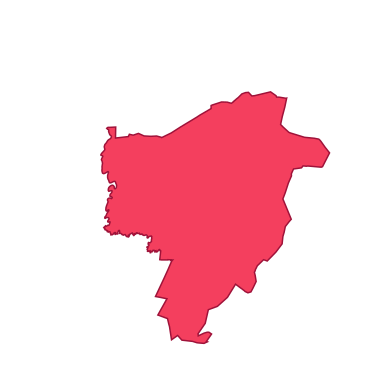 Vilpulkas pag., Rujienas, Latvia (Equal Earth projection), rotated 126°
{"feature_id": "27541924B31560097846351", "entity_name": "Vilpulkas pag.", "entity_type": "district", "adm_level": 2, "iso_a3": "LVA", "parent_name": "Latvia", "parent_adm1": "Rujienas", "projection": "equal_earth", "projection_center": [25.244, 57.94], "detail": "fine", "context": "isolated", "style": "filled", "palette": "rose", "viewbox_px": 384, "rotation_deg": 126, "n_neighbors": 0, "source": "geoboundaries", "source_scale": "gbopen_adm2", "svg_char_len": 5933}
<svg xmlns="http://www.w3.org/2000/svg" viewBox="0 0 384 384"><g transform="rotate(126 192 192)"><path d="M190.6,298.4L190.6,298.2L190.9,297.3L190.6,296.2L191.0,295.7L192.2,294.9L192.4,294.6L193.8,292.5L194.0,292.2L194.2,290.2L194.4,289.9L195.0,289.5L196.5,289.3L197.1,289.5L198.5,290.1L199.1,290.3L200.4,290.4L202.7,290.2L204.7,290.4L206.0,290.0L206.8,289.7L207.5,289.1L208.6,287.7L209.3,287.4L210.3,287.4L213.8,287.8L215.2,287.7L215.7,287.4L215.8,287.0L215.3,285.8L215.4,285.3L215.9,285.0L217.8,284.7L218.9,284.4L219.2,284.2L219.8,283.0L220.6,282.1L221.3,281.3L224.4,279.7L225.6,278.7L227.3,277.7L228.2,276.9L229.3,275.5L229.3,275.0L229.1,274.3L228.2,273.5L225.2,272.2L224.9,272.0L224.8,271.6L225.2,271.1L228.2,270.0L229.9,268.8L230.9,267.6L231.3,266.7L232.8,264.5L232.9,263.9L232.5,263.3L231.7,262.7L229.9,261.8L229.0,261.0L228.7,260.6L228.7,260.3L228.8,260.0L229.8,258.6L230.4,257.5L231.1,256.8L232.7,255.9L233.5,255.8L234.5,256.0L234.8,256.6L234.6,257.1L233.4,258.1L233.2,258.5L233.0,259.7L233.3,260.5L234.4,261.3L236.0,261.8L237.3,261.9L238.4,261.6L239.2,261.2L239.9,260.7L240.2,260.2L240.3,259.9L240.3,259.7L238.4,258.2L238.1,257.6L238.1,257.4L238.5,257.1L239.4,256.7L240.2,256.6L241.9,256.8L242.5,256.6L243.3,256.2L243.6,255.9L243.6,255.6L243.1,254.6L243.3,253.4L243.5,253.2L244.2,253.1L244.8,253.4L244.9,253.9L244.9,254.3L245.3,255.1L246.3,255.9L246.8,256.0L247.3,256.0L247.8,255.9L248.5,255.3L249.0,254.4L249.6,254.0L253.2,253.1L255.2,252.4L257.0,251.3L257.4,250.9L257.7,250.2L257.5,249.7L257.0,249.4L255.9,249.4L255.6,249.2L255.4,248.9L255.7,248.5L256.4,248.3L257.2,248.3L259.3,248.2L261.4,247.7L262.2,247.6L263.1,247.8L263.7,247.6L264.3,247.4L264.4,247.1L264.4,246.8L264.1,246.6L263.1,246.2L262.4,245.5L261.9,244.6L261.9,244.3L262.1,243.9L262.6,243.3L263.1,243.2L264.2,243.2L265.0,243.1L265.4,242.9L265.6,242.6L265.7,242.1L264.5,241.1L264.4,240.6L264.6,240.5L266.8,239.8L267.6,239.7L268.0,239.8L268.3,240.5L270.1,241.2L270.3,241.5L270.2,242.1L271.5,242.2L271.8,242.4L272.5,242.4L272.3,241.8L272.3,241.7L272.9,241.6L273.1,241.3L273.3,240.9L273.0,240.5L273.1,240.1L273.5,239.9L273.3,239.6L273.3,239.0L273.4,238.6L273.2,238.2L273.0,237.9L272.9,237.5L273.2,237.3L273.7,237.2L273.4,236.6L273.7,236.4L273.7,236.2L273.3,235.9L272.6,235.5L272.4,235.1L274.3,232.3L273.6,232.0L273.6,231.5L273.4,231.3L272.6,231.0L272.1,231.0L271.4,231.1L270.1,230.6L269.8,230.1L269.8,229.8L269.9,229.7L270.3,229.6L271.2,229.6L271.4,229.5L271.5,229.3L271.4,229.1L270.2,228.7L270.1,228.0L269.7,227.5L269.3,227.4L268.6,228.1L268.2,228.3L267.2,228.5L266.7,228.7L266.3,228.7L265.8,228.1L266.4,227.4L267.2,226.7L268.0,226.2L267.3,225.1L267.4,224.2L267.6,223.7L267.2,223.2L267.4,222.5L267.4,222.3L266.1,221.5L265.8,221.1L266.0,221.0L266.0,220.1L266.2,219.8L266.5,218.9L266.4,218.5L266.1,217.9L265.8,217.0L265.2,216.8L264.0,217.1L264.3,217.4L264.6,217.6L264.3,217.7L264.3,218.0L263.5,217.6L262.7,217.5L261.8,217.0L261.0,216.7L260.2,216.1L260.3,215.8L260.8,215.6L261.5,213.6L261.3,213.4L260.6,213.4L260.0,214.1L259.8,214.1L259.3,213.8L259.3,213.7L259.8,213.6L259.6,213.1L259.3,212.9L258.8,212.7L258.4,212.7L258.0,213.0L257.5,212.8L257.3,212.5L257.4,212.4L257.5,211.9L257.3,211.1L256.3,210.5L256.4,210.1L256.8,209.4L256.9,209.1L255.6,208.0L255.6,207.6L255.3,207.2L255.4,206.9L255.7,206.9L255.6,205.8L255.4,205.4L254.9,204.8L253.8,204.1L253.6,203.8L253.5,203.2L253.7,202.5L254.0,202.2L254.6,202.0L255.2,201.6L255.4,201.1L255.0,200.7L254.5,200.5L253.6,200.7L253.2,200.6L252.6,199.9L252.0,199.6L251.6,199.2L251.6,198.5L251.8,198.3L253.0,197.6L253.4,197.1L254.7,196.7L255.7,195.8L256.8,195.9L257.9,196.2L258.4,197.5L258.8,197.5L259.1,197.4L260.0,196.8L260.0,196.6L259.9,196.4L259.9,196.0L260.6,195.5L261.0,195.4L261.5,195.5L262.7,196.1L263.2,196.0L263.2,195.5L262.8,195.0L262.9,194.9L264.7,194.6L264.9,194.5L265.0,194.0L265.3,193.6L266.1,193.2L266.0,192.7L265.5,192.4L265.2,192.3L265.2,191.9L265.1,191.7L264.3,191.4L264.6,191.0L264.4,190.8L264.6,190.6L265.0,190.6L265.7,190.2L265.6,189.9L265.3,189.7L264.8,190.1L264.0,189.9L263.6,189.6L263.7,189.2L262.5,189.2L262.4,189.2L262.5,189.0L262.2,188.8L261.8,188.7L261.6,188.5L261.5,188.4L261.7,188.1L261.7,187.7L261.2,187.2L261.8,187.2L262.0,187.1L262.2,186.8L261.4,186.6L261.1,186.3L261.6,186.0L261.2,185.2L260.1,184.8L259.3,185.0L258.2,184.8L257.7,184.6L257.6,184.4L257.8,183.9L258.2,183.7L258.3,183.5L258.0,183.2L258.0,182.7L265.7,178.3L264.9,176.8L261.2,171.7L261.0,171.8L259.2,169.2L259.7,169.0L258.9,168.3L258.4,167.7L260.0,167.8L268.9,165.8L278.2,163.9L298.0,160.1L295.7,155.3L293.1,149.5L311.6,147.3L308.8,137.4L312.1,133.6L314.2,131.0L323.6,121.7L316.5,119.3L317.8,113.1L312.5,103.7L311.1,99.5L310.2,97.9L307.4,93.3L304.2,91.5L304.5,92.5L295.4,92.7L295.5,95.9L296.5,97.3L299.1,99.3L304.7,102.4L303.1,103.8L290.5,104.1L277.6,109.6L269.5,104.2L256.4,101.4L241.0,102.6L241.1,91.6L241.3,90.6L240.7,87.5L238.2,85.6L233.9,86.2L226.7,87.5L222.5,91.7L220.2,94.4L219.0,94.5L217.1,95.2L216.5,95.2L213.3,95.8L204.7,94.3L203.6,90.6L191.4,88.8L181.0,88.6L174.6,92.3L170.4,93.8L165.1,96.2L158.9,96.0L155.7,95.7L153.8,98.8L144.2,114.4L137.9,116.1L128.1,119.3L120.5,121.0L118.9,122.3L113.7,123.4L108.2,117.7L107.9,117.6L105.6,117.5L103.9,114.6L102.9,113.6L96.5,102.9L95.6,101.7L94.7,101.3L79.5,103.7L77.6,110.5L75.3,117.3L74.9,118.8L74.7,120.5L76.6,124.6L81.6,133.1L86.4,147.1L86.7,148.3L86.8,148.7L85.9,156.4L85.3,160.0L77.9,163.3L68.6,166.9L60.4,170.6L60.9,171.0L63.8,176.8L65.5,179.4L64.7,180.6L64.8,187.3L77.2,197.9L79.1,200.0L78.2,204.9L80.1,207.1L83.3,209.3L88.4,210.1L90.9,210.8L92.3,211.0L92.5,211.2L93.9,211.4L94.1,211.6L94.5,211.5L95.2,211.8L95.4,211.7L97.1,212.3L98.6,216.3L101.8,221.0L109.5,226.6L110.8,227.4L113.3,225.6L125.1,230.8L128.6,232.1L145.9,239.4L156.4,243.5L165.8,248.5L165.8,249.1L167.5,253.5L171.2,258.1L174.8,263.7L176.1,269.8L180.6,273.0L182.1,276.6L184.6,276.1L193.3,285.6L184.3,291.9L188.5,297.1L189.0,297.9L189.8,298.3L190.6,298.4Z" fill="#f43f5e" stroke="#9f1239" stroke-width="1.5"/></g></svg>